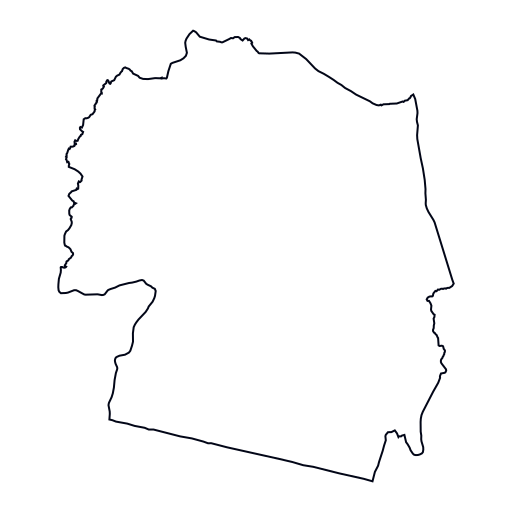 Koulpelogo, Koulpélogo, Burkina Faso (Natural Earth projection)
{"feature_id": "67063806B92956545078683", "entity_name": "Koulpelogo", "entity_type": "district", "adm_level": 2, "iso_a3": "BFA", "parent_name": "Burkina Faso", "parent_adm1": "Koulpélogo", "projection": "natural_earth1", "projection_center": [0.149, 11.415], "detail": "fine", "context": "isolated", "style": "outline", "palette": "ink", "viewbox_px": 512, "rotation_deg": 0, "n_neighbors": 0, "source": "geoboundaries", "source_scale": "gbopen_adm2", "svg_char_len": 5851}
<svg xmlns="http://www.w3.org/2000/svg" viewBox="0 0 512 512"><path d="M170.8,63.8L168.4,71.1L166.9,77.7L166.3,78.5L164.0,78.2L161.7,78.5L161.7,77.7L160.1,78.3L155.2,78.1L148.0,79.1L143.0,78.9L139.6,77.7L138.1,75.9L133.1,73.6L131.7,71.2L130.6,70.7L129.8,69.6L128.7,68.8L126.3,68.0L125.2,67.4L123.9,67.9L122.7,69.1L122.0,71.2L121.5,71.5L120.5,72.7L119.4,74.6L117.2,75.6L115.9,76.7L114.2,80.2L111.4,81.4L111.0,82.0L110.8,83.0L110.3,83.8L109.6,83.6L108.8,82.2L108.7,81.4L107.7,80.1L107.1,80.3L106.3,81.8L106.4,82.7L106.1,83.2L103.4,85.3L103.2,85.8L103.9,86.6L103.1,88.1L102.4,88.9L101.4,89.4L101.2,89.9L101.4,90.4L101.2,91.9L101.8,92.8L101.8,93.5L101.1,93.4L97.4,98.4L97.2,100.3L96.7,100.6L97.0,101.8L96.4,102.2L96.4,102.9L95.6,103.7L95.5,104.3L94.8,105.0L94.4,105.9L94.8,106.5L94.5,108.1L95.2,109.5L94.7,109.9L94.6,111.4L92.5,114.2L90.7,114.8L89.2,117.1L88.4,117.7L86.6,118.3L85.3,118.2L83.7,119.3L83.1,125.0L81.9,127.6L80.4,127.0L79.9,127.8L80.0,129.3L82.1,131.3L83.1,131.9L82.3,134.2L81.0,134.8L80.6,136.1L79.9,136.4L78.4,138.8L77.6,140.8L76.2,140.9L75.2,140.3L75.0,140.7L74.5,141.7L74.7,143.8L76.0,143.6L76.1,144.1L74.3,145.3L74.3,146.0L72.6,146.7L70.6,146.7L70.1,148.2L69.6,149.0L68.8,148.6L68.2,149.9L67.2,153.1L66.5,154.1L66.7,155.3L66.0,156.7L66.7,157.1L66.0,159.3L66.6,160.0L67.2,162.2L68.4,161.8L68.7,162.3L68.9,163.5L69.3,164.0L68.8,165.7L68.8,166.9L74.6,169.2L78.2,171.5L80.5,173.6L82.5,176.5L81.5,179.6L81.6,180.6L80.1,182.1L79.6,182.2L79.4,181.7L78.8,181.4L77.9,183.5L78.3,185.6L78.2,188.7L77.6,189.1L76.7,188.6L76.2,189.9L71.6,191.4L71.2,192.1L69.3,193.8L68.5,195.9L72.2,200.5L73.7,201.4L73.8,202.1L74.2,202.6L75.9,203.3L75.1,203.9L74.0,204.0L73.5,205.7L71.8,207.4L70.8,207.4L69.8,208.8L69.2,210.5L69.3,213.9L69.7,215.1L71.7,216.7L71.6,217.8L71.0,218.2L70.7,219.0L71.7,221.7L71.8,223.0L71.3,225.1L69.5,228.2L68.0,230.1L66.1,231.5L64.9,234.1L64.4,235.7L64.3,242.6L64.8,245.0L65.3,245.8L65.8,245.8L66.8,246.6L68.5,247.3L69.9,248.6L70.5,249.3L71.5,251.8L73.0,253.1L73.1,254.3L72.6,255.4L71.7,256.1L71.0,257.6L68.8,259.2L68.6,259.9L67.8,260.8L66.7,261.3L66.4,261.9L66.3,263.1L64.8,265.3L64.8,265.9L66.2,266.7L65.8,267.2L64.7,267.7L63.1,267.5L62.2,267.0L61.0,267.0L60.7,267.4L60.9,270.2L60.7,272.6L58.9,278.8L58.4,284.3L58.3,287.2L58.6,290.3L59.3,291.8L60.9,293.2L65.8,293.0L67.9,292.6L74.1,290.2L76.1,290.2L77.9,291.0L84.1,294.4L85.3,294.7L97.6,294.3L101.9,295.1L103.4,294.9L104.7,294.3L107.4,290.8L108.2,290.0L110.6,289.0L115.1,287.6L119.5,285.4L129.0,283.0L132.1,282.6L136.3,281.6L139.4,280.5L142.0,280.0L143.7,280.6L146.2,283.8L147.6,284.7L151.0,286.3L152.4,287.7L154.8,288.8L155.7,291.0L155.0,295.9L154.3,298.1L152.6,301.7L148.7,306.5L147.9,308.5L145.6,312.0L138.5,319.5L136.3,322.4L134.9,324.6L133.7,327.2L132.9,333.3L133.0,341.7L132.0,345.7L130.3,350.8L128.9,352.6L125.0,354.7L119.5,355.7L117.0,356.8L115.8,357.6L115.1,359.2L114.9,360.7L115.1,362.0L115.6,363.8L117.1,367.1L117.3,368.2L117.1,369.5L115.9,373.0L114.6,380.0L113.9,387.6L112.8,393.4L111.6,397.2L109.0,402.7L108.7,403.9L108.5,405.2L109.7,411.5L109.8,413.9L109.4,419.5L112.4,420.2L116.0,421.6L127.2,423.6L134.6,425.9L144.7,427.8L148.7,429.5L153.4,429.5L180.2,436.4L191.8,438.4L203.5,441.6L208.1,443.3L211.2,443.2L227.0,447.3L279.5,459.0L292.3,462.0L303.2,465.2L313.2,466.8L339.4,473.4L363.7,478.8L372.5,481.3L374.9,471.9L378.1,465.7L379.0,462.1L382.7,450.8L384.1,445.5L385.8,440.3L385.4,436.2L385.8,434.8L388.0,432.2L391.4,432.1L394.8,430.4L397.0,433.4L398.4,437.0L398.9,436.3L401.0,436.4L401.9,435.6L404.4,434.9L406.1,442.2L407.6,444.2L409.6,447.6L410.6,450.3L412.9,453.7L414.2,454.8L415.8,455.1L417.9,455.0L419.7,454.5L421.9,453.4L422.9,452.1L423.3,449.6L423.2,447.1L421.5,441.4L421.2,439.3L421.3,435.6L420.7,431.7L420.6,422.0L420.8,418.8L421.5,415.1L422.8,411.8L433.2,391.6L438.2,382.8L440.1,377.8L439.9,376.9L440.1,375.7L441.0,373.5L444.7,372.8L445.4,372.3L446.2,370.6L446.0,369.3L442.1,364.2L441.3,363.1L440.9,362.0L440.9,360.5L441.2,359.4L442.3,358.1L442.6,357.1L443.3,356.2L443.6,355.2L444.2,354.3L444.3,352.9L444.7,352.3L444.9,351.5L444.9,350.4L443.7,348.8L443.3,347.0L443.0,346.2L441.8,345.7L439.6,346.0L438.6,345.4L438.1,338.0L437.7,337.6L436.6,335.0L435.7,334.3L434.7,332.9L434.1,332.7L433.1,331.2L433.0,329.9L433.7,328.1L433.8,325.5L434.3,323.3L433.6,318.6L434.4,317.0L434.6,314.7L433.6,314.2L431.3,310.9L431.0,309.5L431.4,305.7L430.5,303.3L429.0,300.9L427.5,300.9L426.7,299.4L427.7,297.6L429.4,296.6L431.2,296.3L431.9,296.5L432.6,296.2L433.0,295.4L433.2,294.0L433.6,293.1L435.4,290.9L436.5,291.2L438.0,289.5L439.1,289.8L441.0,288.8L442.2,288.7L443.0,289.0L444.0,288.5L445.5,288.4L446.0,288.7L446.7,288.2L447.7,287.9L449.3,287.9L452.2,286.0L453.7,283.6L452.3,279.8L434.6,222.4L433.4,219.9L428.5,212.0L426.8,208.4L425.8,205.0L425.7,203.2L425.9,199.8L425.4,193.3L425.5,189.1L424.7,179.9L422.9,168.4L420.7,158.2L417.3,139.0L417.1,135.1L417.9,125.4L417.0,121.9L416.7,119.2L417.5,113.1L417.4,110.7L415.2,99.0L413.3,94.5L410.9,96.1L410.5,97.2L409.8,98.2L409.3,98.3L407.6,100.2L404.8,100.7L403.6,101.9L402.6,101.5L396.8,103.5L389.7,103.8L389.3,104.1L383.5,104.3L381.4,105.4L380.9,105.1L380.7,104.7L378.9,105.4L376.5,105.0L372.6,103.3L369.9,101.3L356.1,94.6L350.9,91.1L345.1,88.0L341.4,85.0L337.5,82.8L333.6,79.9L328.8,76.8L323.8,73.8L318.4,71.1L315.1,68.5L306.2,59.1L299.1,53.6L295.3,52.6L292.5,52.4L269.3,53.6L259.2,53.3L258.6,53.0L257.6,51.6L256.7,51.0L252.9,46.3L251.4,43.6L252.2,42.8L252.0,42.2L251.3,41.5L251.2,40.8L250.0,40.2L249.3,39.4L248.1,40.1L247.1,38.5L245.4,38.1L244.4,38.5L242.6,40.5L240.5,39.1L240.0,38.1L238.7,37.3L238.1,37.0L234.7,37.1L233.0,38.3L231.0,38.0L229.3,39.0L222.5,42.3L221.3,42.3L220.1,41.8L216.8,41.4L216.0,40.5L209.1,39.5L199.8,36.7L196.1,32.3L194.4,31.2L193.1,30.7L189.5,34.1L186.5,38.6L185.6,40.8L185.2,42.8L185.7,46.8L186.9,52.8L185.9,55.8L183.5,58.3L180.3,60.3L172.4,62.9L170.8,63.8Z" fill="none" stroke="#020617" stroke-width="2"/></svg>